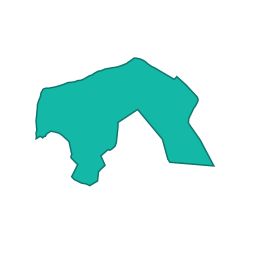 the district of Obanliku, Cross River, Nigeria, rotated 292°
{"feature_id": "59680162B73921161942586", "entity_name": "Obanliku", "entity_type": "district", "adm_level": 2, "iso_a3": "NGA", "parent_name": "Nigeria", "parent_adm1": "Cross River", "projection": "mercator", "projection_center": [9.31, 6.471], "detail": "fine", "context": "isolated", "style": "filled", "palette": "teal", "viewbox_px": 256, "rotation_deg": 292, "n_neighbors": 0, "source": "geoboundaries", "source_scale": "gbopen_adm2", "svg_char_len": 1753}
<svg xmlns="http://www.w3.org/2000/svg" viewBox="0 0 256 256"><g transform="rotate(292 128 128)"><path d="M88.8,44.7L85.4,46.4L83.7,46.8L84.9,47.8L87.0,49.2L87.4,50.2L86.9,52.6L88.3,53.2L89.1,53.7L89.4,54.5L91.9,54.7L96.1,57.6L96.9,61.5L97.4,66.3L96.5,69.9L95.6,72.3L94.2,76.2L93.2,78.5L82.6,85.7L79.9,85.8L78.9,86.6L75.7,93.8L75.4,95.1L61.7,94.0L60.1,97.5L59.5,105.6L60.4,109.8L60.4,111.5L60.4,112.3L60.2,114.1L67.4,119.6L76.3,117.1L79.5,118.2L84.7,120.7L84.8,120.7L92.0,113.3L100.6,117.6L100.4,119.1L102.0,120.7L106.4,122.8L109.9,122.7L123.5,118.8L128.0,117.3L129.0,116.4L148.8,130.0L130.5,164.1L114.2,176.5L111.9,179.6L125.0,221.8L132.1,213.4L143.9,199.4L154.1,183.7L155.2,182.2L159.1,180.9L161.6,180.9L171.4,181.6L173.4,182.2L178.0,182.7L180.3,182.5L181.8,181.5L182.9,180.0L187.9,169.3L189.5,166.0L193.9,154.0L190.4,152.7L193.3,132.8L193.4,132.6L193.8,129.7L193.8,127.0L195.1,121.5L195.6,120.5L196.0,118.9L196.4,117.2L196.5,115.5L196.5,112.9L196.1,111.6L196.1,110.3L195.7,109.0L195.2,107.7L194.4,106.8L193.1,106.4L191.9,105.5L190.6,104.7L189.2,103.6L188.9,103.4L187.2,102.5L186.2,101.4L184.3,99.5L183.0,98.1L180.9,95.6L179.2,93.0L178.0,90.8L177.1,89.5L176.3,88.2L175.0,86.1L174.6,85.4L173.8,84.4L172.5,83.1L170.8,81.3L169.6,79.2L167.5,77.4L165.8,76.1L163.7,74.8L162.0,72.7L160.3,71.4L158.6,70.1L156.9,68.8L154.4,66.2L154.0,65.4L153.1,63.6L151.0,61.4L149.4,58.8L147.7,55.4L144.3,51.9L143.2,50.7L141.0,48.0L138.4,44.6L137.2,42.6L136.8,42.0L135.1,39.4L134.3,37.2L133.0,35.5L131.7,34.6L130.0,34.6L128.3,34.2L126.6,34.5L126.2,34.6L124.1,35.0L120.7,35.0L119.0,35.0L115.2,35.4L112.2,36.6L108.8,37.5L108.3,37.7L105.0,38.7L100.3,40.0L97.7,41.3L95.5,42.4L94.3,43.0L92.2,44.1L91.8,44.2L88.8,44.7Z" fill="#14b8a6" stroke="#0f766e" stroke-width="1.5"/></g></svg>